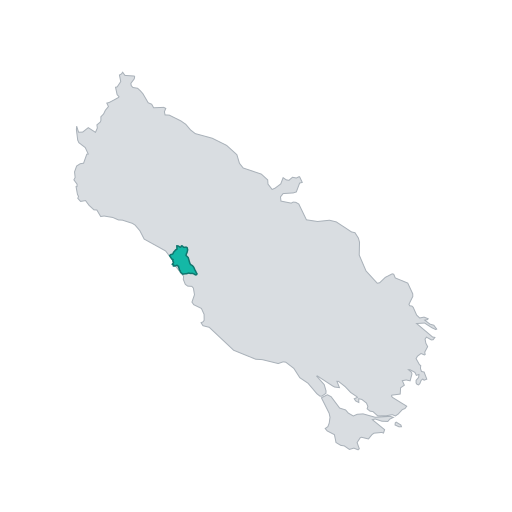 Ordu on a map of Turkey (Robinson projection), rotated 221°
{"feature_id": "TUR-2293", "entity_name": "Ordu", "entity_type": "Province", "adm_level": 1, "iso_a3": "TUR", "parent_name": "Turkey", "parent_adm1": "", "projection": "robinson", "projection_center": [37.565, 40.74], "detail": "fine", "context": "in_parent", "style": "filled", "palette": "teal", "viewbox_px": 512, "rotation_deg": 221, "n_neighbors": 0, "source": "natural_earth", "source_scale": "10m", "svg_char_len": 4863}
<svg xmlns="http://www.w3.org/2000/svg" viewBox="0 0 512 512"><g transform="rotate(221 256 256)"><path d="M399.1,183.9L406.3,186.3L408.6,184.5L415.2,184.7L421.0,186.0L424.2,182.1L428.3,182.6L429.1,184.6L431.1,185.3L437.3,190.3L436.6,190.9L438.1,192.8L443.4,194.0L444.0,196.6L448.1,200.4L450.4,206.2L449.2,210.3L447.0,212.9L450.5,221.8L449.5,222.9L456.0,225.8L464.0,225.3L466.6,226.5L474.5,233.6L476.5,236.3L471.1,233.0L468.1,235.8L466.8,242.8L458.3,244.0L459.7,248.5L462.1,250.6L461.4,254.9L462.0,256.6L464.4,259.3L464.2,263.2L465.3,267.2L465.4,272.0L468.9,273.5L467.4,275.8L463.7,285.6L464.0,286.4L466.6,286.6L472.7,291.2L471.7,292.6L472.5,298.9L477.8,303.0L477.0,305.1L477.2,307.2L473.4,306.3L466.0,311.9L465.2,311.7L464.1,309.8L463.7,304.2L461.9,302.7L459.5,302.4L455.4,304.9L451.7,304.8L447.9,304.3L437.9,300.9L434.3,302.1L430.5,300.7L423.2,307.6L420.9,308.2L419.8,304.8L417.2,302.8L413.9,305.4L401.2,308.7L395.3,309.3L388.2,308.2L382.2,308.5L366.2,316.2L350.7,320.2L336.9,319.9L329.3,315.1L323.4,314.0L305.7,321.3L297.1,321.1L294.1,318.1L287.5,316.8L286.1,319.7L284.6,326.6L286.9,332.9L283.2,333.3L280.8,334.7L280.1,339.4L276.7,341.3L275.5,344.2L274.9,344.3L269.4,341.9L270.9,339.6L267.6,330.8L269.3,328.0L276.5,320.9L276.3,316.7L273.2,313.8L264.1,319.0L263.3,321.1L261.2,322.6L257.8,323.3L241.7,316.4L232.2,322.4L224.0,331.2L217.8,334.4L199.8,336.8L196.6,338.5L190.5,336.7L186.9,334.3L178.7,324.4L163.2,316.9L146.6,315.0L145.1,317.0L144.4,324.7L141.5,331.9L140.1,332.6L136.5,330.8L123.7,335.1L112.9,330.3L111.1,328.3L108.9,319.9L107.3,319.3L105.5,320.5L103.7,320.4L96.0,316.8L91.8,316.6L89.1,320.1L84.9,321.6L84.8,320.6L86.6,318.3L80.0,318.7L76.4,320.4L71.7,319.4L72.1,318.4L76.0,317.3L84.8,316.0L90.5,310.4L69.6,310.7L67.6,311.9L67.4,309.0L68.6,307.7L74.1,306.6L73.9,304.2L70.6,301.6L67.0,300.2L65.6,294.2L63.7,292.6L64.0,291.8L67.5,290.7L68.4,286.3L67.9,283.6L61.3,281.2L59.8,281.4L58.2,279.1L55.4,277.4L53.0,278.7L46.3,275.1L47.7,272.5L49.4,272.6L49.8,270.5L48.6,267.1L48.8,265.3L50.3,264.8L51.9,265.2L53.6,267.2L53.6,271.1L55.3,273.5L56.7,271.1L59.7,272.4L65.3,271.2L66.4,270.2L62.4,270.3L60.9,269.3L57.8,262.9L61.3,261.0L63.8,257.9L59.3,255.8L60.4,251.4L56.6,246.4L62.2,240.1L61.9,239.2L60.3,238.8L43.7,241.5L43.5,238.6L44.8,236.1L45.0,230.0L45.9,226.7L49.0,225.7L52.9,220.9L59.3,215.2L65.6,215.3L68.2,213.7L71.9,213.6L72.9,215.9L76.2,217.5L82.0,217.2L84.8,215.7L82.3,212.9L85.6,212.0L88.2,212.7L86.7,215.8L87.5,216.0L95.0,215.1L102.9,215.9L111.5,215.5L112.7,214.5L106.7,211.4L110.7,208.7L112.9,208.2L131.2,205.7L131.3,205.1L120.2,203.7L114.6,200.1L113.1,198.2L114.4,193.4L115.7,192.2L119.7,192.0L133.3,194.1L143.1,192.9L153.7,196.0L163.9,195.4L166.1,193.9L168.7,189.4L183.3,181.9L188.5,177.9L211.0,170.2L244.5,171.5L250.3,168.6L253.7,169.6L252.8,171.5L252.9,173.4L256.9,177.9L262.8,180.6L271.1,178.4L274.1,179.2L277.0,186.4L282.2,190.7L284.5,191.0L287.7,188.5L290.7,188.2L295.6,190.7L297.3,193.2L313.4,196.2L316.7,198.3L327.5,200.5L351.5,195.4L360.3,198.9L367.6,200.0L370.8,199.5L380.4,195.4L383.4,193.0L389.4,191.1L396.9,186.5L399.1,183.9ZM90.6,171.2L89.8,174.4L91.1,177.9L94.3,182.8L97.6,185.3L113.6,191.9L111.1,198.1L107.0,199.1L93.1,196.1L87.4,198.6L83.3,198.0L77.6,199.1L75.8,202.9L71.6,207.1L60.2,212.5L49.5,223.0L46.5,224.3L48.0,220.7L48.0,217.6L52.6,213.9L59.1,211.2L60.8,208.8L45.0,209.3L43.6,206.0L45.3,205.4L50.7,199.7L51.3,197.3L51.1,191.7L57.5,188.4L58.1,187.1L57.3,181.5L51.6,178.3L51.8,176.7L56.1,175.2L58.6,171.3L64.8,170.6L67.8,168.7L73.2,167.7L79.6,172.6L87.5,170.7L90.6,171.2ZM41.2,222.6L35.8,223.5L34.2,222.6L36.0,220.9L40.2,219.7L41.4,221.4L41.2,222.6Z" fill="#d9dde1" stroke="#a8b0b8" stroke-width="1"/><path d="M299.3,194.3L301.8,194.2L302.6,194.4L303.2,194.9L303.4,195.0L303.9,195.2L304.5,195.2L304.9,195.3L305.4,195.9L305.8,196.2L306.7,196.5L306.8,196.6L307.4,197.2L307.8,197.3L308.7,197.2L309.1,197.3L309.2,197.2L309.6,197.1L309.9,196.7L310.2,196.0L310.5,195.5L310.8,195.1L311.2,194.7L311.6,194.4L311.8,194.9L312.2,195.2L312.6,195.2L313.0,194.8L313.2,195.0L313.8,194.9L313.8,196.7L314.2,197.2L315.4,197.7L315.7,197.9L315.9,198.2L316.3,198.9L317.2,198.5L318.3,198.7L321.1,199.5L321.4,199.6L321.4,200.6L321.1,201.5L320.6,202.0L320.2,202.7L320.2,203.6L320.6,204.4L320.7,205.3L320.6,206.3L320.7,207.2L320.6,208.2L320.3,208.7L320.2,209.4L322.4,211.7L321.7,212.3L321.0,212.6L319.9,212.7L319.0,212.9L318.7,213.3L318.7,214.1L318.9,214.4L318.8,214.9L318.3,215.2L316.4,215.1L315.6,215.7L314.9,216.5L314.2,217.0L313.4,217.1L311.6,215.8L310.4,213.5L309.9,211.8L309.2,210.5L306.1,210.3L300.8,206.9L299.3,206.7L297.7,207.0L296.1,206.8L294.5,206.2L293.3,205.5L291.4,204.9L290.2,204.2L289.1,204.0L288.8,203.8L288.6,203.0L289.0,202.2L289.5,202.1L289.9,201.9L290.9,201.8L291.8,201.5L292.7,201.1L293.0,200.8L293.9,199.9L295.7,198.9L296.7,197.2L298.0,195.9L299.3,194.4L299.3,194.3Z" fill="#14b8a6" stroke="#0f766e" stroke-width="1.5"/></g></svg>